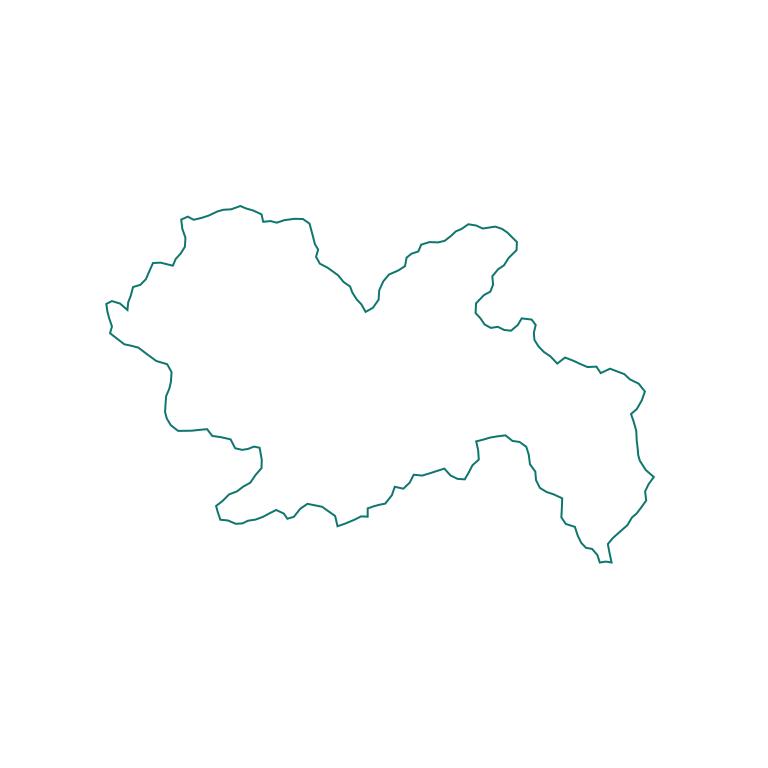 Marechal Floriano, Espírito Santo, Brazil (Mercator projection), rotated 23°
{"feature_id": "56859067B31532180406364", "entity_name": "Marechal Floriano", "entity_type": "district", "adm_level": 2, "iso_a3": "BRA", "parent_name": "Brazil", "parent_adm1": "Espírito Santo", "projection": "mercator", "projection_center": [-40.766, -20.433], "detail": "fine", "context": "isolated", "style": "outline", "palette": "teal", "viewbox_px": 768, "rotation_deg": 23, "n_neighbors": 0, "source": "geoboundaries", "source_scale": "gbopen_adm2", "svg_char_len": 3128}
<svg xmlns="http://www.w3.org/2000/svg" viewBox="0 0 768 768"><g transform="rotate(23 384 384)"><path d="M606.0,441.8L615.5,440.9L621.6,447.9L627.7,453.2L634.0,455.9L639.9,454.5L647.3,458.1L652.4,464.0L657.6,460.8L663.2,459.4L657.2,450.8L652.6,443.9L654.8,436.5L659.4,426.7L663.2,418.9L664.4,410.0L667.2,404.4L669.1,396.8L670.9,388.8L666.3,380.8L666.7,372.9L668.7,364.2L658.6,360.9L649.5,354.7L645.7,350.0L642.4,343.7L638.7,337.3L634.6,328.7L628.6,321.2L623.1,315.1L626.5,308.3L627.7,298.2L627.1,289.0L618.3,284.2L608.4,283.6L601.4,281.0L594.1,281.3L586.1,281.6L579.2,289.3L572.8,285.0L564.6,288.9L556.6,288.9L550.0,288.6L540.3,288.9L535.5,297.5L526.2,293.5L518.6,292.0L511.5,289.0L505.2,284.6L501.9,278.3L500.6,270.4L494.7,267.0L485.1,269.8L484.1,277.4L480.1,285.3L473.6,287.3L466.4,286.9L460.5,290.6L453.3,289.9L447.4,286.0L440.6,282.9L437.2,273.8L441.2,263.2L445.8,257.4L445.6,249.9L441.6,242.5L444.3,233.6L448.1,227.9L449.4,219.4L453.7,209.0L450.9,201.4L445.6,199.3L438.5,196.4L431.9,195.1L424.8,195.7L414.2,202.3L407.0,202.1L399.2,204.0L394.8,211.0L390.5,215.4L387.7,221.7L383.9,228.5L378.5,232.5L370.4,235.6L363.8,241.2L363.8,248.6L358.5,253.2L355.4,258.8L357.3,267.3L352.7,274.0L345.8,281.3L343.2,289.9L343.0,299.6L346.1,308.5L344.0,318.2L338.9,324.8L331.9,319.4L325.8,316.8L319.0,312.1L314.7,307.5L306.9,305.9L299.4,301.9L286.8,299.0L277.9,298.3L271.8,293.5L270.8,285.9L265.8,282.3L260.0,274.7L252.8,265.5L245.0,263.8L236.9,267.0L228.3,272.1L222.3,277.4L215.8,278.4L209.4,281.9L205.0,275.7L195.9,275.4L188.5,276.3L182.2,276.3L175.1,282.9L168.2,286.3L163.2,290.3L156.8,297.5L150.9,302.6L144.6,307.2L138.0,306.6L133.1,311.9L137.6,319.8L144.1,327.0L147.1,335.4L145.9,343.3L143.4,350.3L143.4,357.6L136.6,358.7L130.9,359.6L124.1,362.9L123.9,372.5L123.9,380.5L121.0,387.9L115.1,392.8L116.4,401.7L116.6,408.7L118.9,416.1L109.6,413.1L101.1,414.0L97.1,418.9L101.1,425.4L105.2,430.7L111.1,437.3L112.0,444.3L119.1,446.2L129.4,448.9L136.6,447.5L143.7,446.5L153.1,448.9L165.4,451.8L176.7,450.5L183.8,456.1L187.0,465.2L188.2,472.1L188.2,480.3L191.0,488.6L193.4,495.3L197.5,500.6L203.9,505.3L212.8,507.6L224.9,502.3L233.2,497.7L238.8,494.7L246.2,498.9L254.9,496.6L264.4,494.9L272.1,501.3L279.3,500.0L284.2,496.9L288.8,492.4L294.4,491.3L301.1,501.5L304.1,509.3L301.3,518.0L299.5,527.1L294.5,533.5L290.7,540.2L284.5,546.2L281.1,554.7L277.1,561.9L280.9,566.7L286.4,572.9L293.6,570.6L302.2,570.6L308.2,567.6L312.2,563.0L318.6,559.1L324.3,553.8L329.7,547.1L334.0,542.1L342.4,542.4L347.7,545.8L352.9,541.5L355.7,531.5L360.4,524.2L375.0,521.2L390.6,524.6L396.8,533.1L403.0,527.5L410.1,520.2L414.5,514.9L420.8,512.5L417.6,504.9L422.3,500.6L426.9,497.0L431.9,493.6L434.7,483.3L434.1,474.4L442.7,472.8L446.2,464.8L446.8,455.9L454.9,453.4L461.5,447.9L467.4,442.8L472.6,438.3L481.0,442.2L488.8,442.6L495.6,440.2L496.6,432.2L497.2,424.2L500.8,416.6L496.5,408.1L491.3,400.8L497.4,396.2L502.4,392.0L508.0,388.4L515.9,383.8L524.5,386.2L531.4,384.4L539.5,386.2L544.8,392.4L549.7,400.8L557.5,405.5L561.5,413.1L568.1,418.7L575.8,419.9L583.3,419.3L592.7,419.6L596.3,429.0L599.4,437.5L606.0,441.8Z" fill="none" stroke="#0f766e" stroke-width="2"/></g></svg>